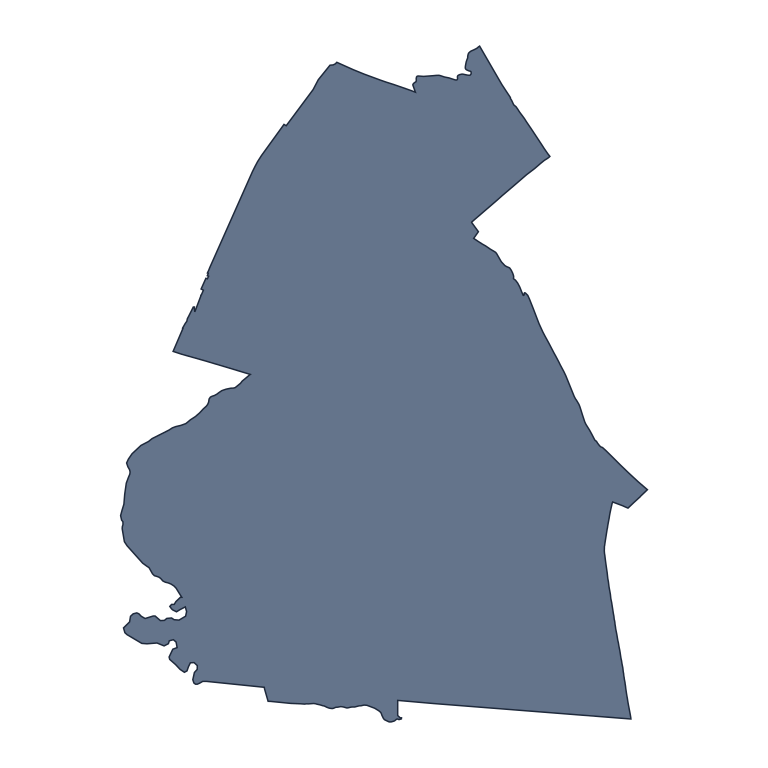 the district of Ghidigeni, Galati, Romania
{"feature_id": "2599482B46440219458766", "entity_name": "Ghidigeni", "entity_type": "district", "adm_level": 2, "iso_a3": "ROU", "parent_name": "Romania", "parent_adm1": "Galati", "projection": "natural_earth1", "projection_center": [27.503, 46.029], "detail": "fine", "context": "isolated", "style": "filled", "palette": "slate", "viewbox_px": 768, "rotation_deg": 0, "n_neighbors": 0, "source": "geoboundaries", "source_scale": "gbopen_adm2", "svg_char_len": 6045}
<svg xmlns="http://www.w3.org/2000/svg" viewBox="0 0 768 768"><path d="M549.9,156.4L547.7,153.6L544.1,148.4L542.0,145.1L531.7,129.5L526.4,121.7L524.3,118.4L519.6,112.1L518.0,109.6L516.3,107.1L515.9,106.6L514.0,105.1L513.3,104.0L512.6,102.4L511.6,100.3L510.4,98.4L510.4,97.5L505.5,90.1L501.9,84.6L479.6,46.1L478.3,47.0L477.6,47.7L476.9,48.2L475.9,48.8L473.7,49.9L472.3,50.5L470.6,51.3L469.1,52.6L468.6,53.2L468.2,54.1L467.9,55.3L467.7,56.5L467.7,57.8L467.4,58.6L466.9,59.8L466.2,61.9L465.5,65.5L465.3,67.0L465.3,67.9L465.4,68.5L465.8,69.2L466.5,69.8L468.2,70.6L468.9,70.9L469.8,71.1L470.6,71.4L471.0,71.8L471.1,72.4L471.2,73.1L471.1,73.8L470.8,74.3L470.4,74.8L469.9,75.2L469.3,75.3L467.4,75.1L463.2,74.2L462.0,74.1L460.6,74.4L459.7,74.6L458.6,75.1L458.0,75.5L457.7,75.9L457.5,76.3L457.4,76.9L457.6,78.8L457.3,79.4L457.0,79.8L456.5,80.0L455.7,80.0L454.2,79.6L449.0,77.9L444.5,77.0L440.9,75.8L439.5,75.4L438.4,75.3L436.1,75.4L433.0,75.7L423.6,76.4L418.2,76.0L417.2,76.2L416.5,77.0L416.2,78.6L416.3,80.3L416.0,81.7L415.0,82.3L413.6,83.4L412.9,84.4L412.9,85.2L415.4,92.2L411.2,90.6L393.7,84.5L386.4,82.2L381.2,80.4L368.7,75.8L364.1,74.1L353.3,69.7L336.8,62.3L335.4,63.8L333.2,64.9L330.0,65.2L318.3,79.7L313.1,89.6L286.6,125.2L286.2,125.7L284.0,124.4L261.5,155.5L257.6,161.6L255.0,166.5L252.5,171.5L209.7,267.7L208.7,270.3L207.4,273.0L208.3,273.3L208.0,274.2L207.3,275.7L208.6,276.2L207.4,278.8L205.9,278.3L201.1,289.0L203.4,290.2L201.6,294.3L201.4,294.7L200.8,295.3L200.9,295.8L194.8,311.9L194.3,307.6L194.4,307.0L193.3,307.0L188.7,316.2L187.4,318.6L186.8,321.3L185.2,323.5L182.6,328.1L183.0,328.3L173.1,351.4L181.9,354.3L205.6,361.0L250.3,374.4L248.9,375.5L242.2,381.1L240.5,383.3L235.2,387.6L233.4,388.1L230.7,388.2L228.3,388.7L226.0,389.2L223.3,390.1L221.7,390.7L218.9,392.6L216.8,394.2L214.4,395.5L212.2,396.2L210.4,397.1L209.1,399.0L208.6,402.2L207.6,404.5L206.3,406.2L203.4,408.8L199.5,413.0L195.2,416.7L190.4,419.8L187.7,422.1L185.8,423.6L180.8,425.4L175.7,426.6L172.3,427.9L169.1,430.0L152.1,438.6L148.5,441.5L141.0,445.4L132.1,453.7L128.4,459.1L126.6,463.0L127.9,466.8L129.6,469.8L130.1,472.0L129.8,474.2L128.5,477.2L126.3,483.1L124.7,494.3L123.9,504.2L122.0,510.4L120.6,515.6L121.6,520.1L122.9,521.7L123.0,524.4L122.3,526.8L122.2,528.8L124.4,541.7L127.1,545.8L142.7,563.2L147.1,566.4L149.0,567.6L152.5,573.8L154.4,575.7L156.5,576.3L158.8,577.1L160.5,578.3L162.9,581.0L165.3,582.2L168.2,582.9L171.1,584.1L174.0,586.0L176.1,588.2L179.0,592.9L181.8,597.3L180.4,597.3L175.9,601.6L174.2,604.4L171.6,604.4L169.8,606.4L171.5,608.8L172.7,609.9L176.5,611.8L179.9,609.7L185.3,606.9L186.6,611.6L185.6,616.2L179.0,620.1L174.1,619.7L171.6,618.0L166.8,618.4L164.4,620.4L160.4,620.6L155.1,616.0L153.2,616.0L145.1,618.5L141.3,616.3L138.9,613.8L136.8,612.9L133.2,613.8L130.5,616.3L129.6,621.9L123.5,627.9L124.9,632.7L127.1,634.7L141.8,643.4L147.0,643.8L157.0,643.0L164.1,645.9L168.4,643.7L169.3,640.8L173.4,639.7L176.1,642.1L177.1,647.6L172.8,649.2L169.1,657.0L169.7,659.4L175.6,664.6L180.1,669.4L184.4,672.3L187.0,670.9L188.5,666.6L190.4,662.8L194.1,662.6L197.3,665.6L197.2,669.4L194.4,672.5L192.8,679.7L193.9,683.0L195.5,684.2L197.3,684.2L199.6,683.2L202.7,681.4L206.6,681.4L264.3,687.3L264.5,688.8L268.1,701.3L270.6,701.4L290.7,703.4L300.8,703.8L304.6,704.1L306.5,703.8L308.2,703.9L313.6,703.5L315.4,703.7L317.0,704.2L319.9,704.8L322.7,705.7L324.3,706.0L326.9,707.3L329.1,708.1L330.1,708.3L331.6,708.5L332.8,708.5L334.0,708.1L335.0,707.6L335.8,707.3L337.0,707.2L337.7,707.2L339.1,706.9L340.7,706.6L342.5,706.8L343.9,707.1L345.2,707.5L346.6,707.9L347.6,707.9L348.7,707.7L350.2,707.3L351.1,707.1L352.4,707.0L354.3,707.0L354.7,707.0L358.9,705.9L359.7,705.8L360.9,705.8L363.9,705.1L364.5,705.1L366.9,705.3L374.6,708.2L378.7,710.7L380.6,712.3L381.3,713.5L381.9,715.3L383.4,718.4L384.2,719.4L384.5,719.7L385.5,720.2L388.6,721.7L389.2,721.9L391.0,721.9L391.7,721.8L392.9,721.4L393.9,721.2L394.1,721.0L394.9,720.6L396.4,719.3L396.9,719.1L397.4,719.0L397.7,719.1L399.0,719.6L401.4,718.9L401.5,717.8L400.1,717.8L397.7,715.5L397.7,700.4L433.2,703.5L630.9,719.0L630.8,717.7L630.3,714.7L628.5,705.3L627.9,702.0L627.4,698.6L627.0,696.5L626.6,694.1L625.8,688.8L625.5,686.0L625.1,683.6L625.0,682.5L624.6,680.5L624.3,678.9L624.2,677.9L623.8,675.7L623.6,673.4L623.3,672.1L622.8,667.7L622.0,663.8L621.5,660.5L621.2,659.3L620.9,657.8L620.2,653.0L619.7,650.0L619.3,648.1L618.9,646.1L618.4,642.9L617.8,640.4L617.0,635.5L616.6,633.3L615.7,628.9L615.5,627.1L615.0,624.1L614.9,622.7L614.6,620.8L614.2,619.2L613.9,616.3L613.3,613.1L612.9,610.5L612.6,608.5L611.6,602.2L611.2,600.4L610.8,598.4L610.4,594.4L609.0,586.7L608.4,581.7L607.8,578.6L607.2,572.9L605.9,563.9L605.0,556.9L604.9,555.8L604.5,553.4L604.3,550.8L604.4,548.1L604.4,546.5L604.6,545.8L604.9,543.5L605.0,542.8L607.1,529.4L607.5,527.6L607.7,525.9L608.6,521.0L609.2,517.9L609.5,515.8L609.9,513.6L610.9,508.8L611.8,504.9L612.1,503.4L612.7,502.0L622.8,505.8L624.5,506.6L628.0,508.1L634.0,502.4L637.2,499.5L638.9,497.9L639.7,497.3L640.5,496.3L647.4,489.7L638.1,481.7L628.3,472.6L620.0,464.6L613.6,458.2L606.0,450.7L602.5,447.5L601.2,447.1L599.7,445.9L597.6,443.2L596.4,441.2L595.6,440.8L594.8,440.0L593.8,438.1L592.0,434.6L589.6,430.2L585.9,424.3L584.8,422.0L582.4,414.7L581.0,410.2L579.8,406.5L578.9,404.3L577.6,402.1L576.4,400.1L575.5,398.9L574.2,396.4L565.8,375.7L563.9,371.7L560.1,364.6L559.0,362.3L555.9,356.4L553.9,352.8L549.0,343.4L545.0,336.1L542.8,331.9L539.0,323.6L533.3,308.7L529.6,299.4L527.8,295.4L525.5,293.1L524.9,292.8L524.5,292.8L524.4,292.9L524.2,293.3L524.2,294.4L523.9,295.2L523.6,295.4L523.1,295.2L521.5,291.4L519.8,287.1L517.7,283.1L515.5,280.2L513.5,278.7L513.5,278.3L513.7,276.9L513.5,275.6L512.7,273.2L511.3,270.3L509.7,268.0L508.8,267.5L506.8,266.7L504.9,265.6L501.7,262.2L500.8,260.9L496.7,253.7L495.6,252.3L490.1,249.0L485.6,245.9L482.4,244.1L478.0,241.3L473.7,238.4L478.4,231.7L471.6,222.4L471.7,222.1L475.1,219.1L497.2,200.1L502.0,195.8L516.3,183.6L526.7,174.6L534.6,168.6L540.5,163.5L544.3,160.4L547.8,158.2L549.2,157.1L549.9,156.4Z" fill="#64748b" stroke="#1e293b" stroke-width="1.5"/></svg>